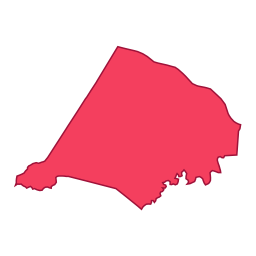 the district of Porto da Folha, Sergipe, Brazil
{"feature_id": "56859067B74196291305545", "entity_name": "Porto da Folha", "entity_type": "district", "adm_level": 2, "iso_a3": "BRA", "parent_name": "Brazil", "parent_adm1": "Sergipe", "projection": "orthographic", "projection_center": [-37.424, -9.906], "detail": "fine", "context": "isolated", "style": "filled", "palette": "rose", "viewbox_px": 256, "rotation_deg": 0, "n_neighbors": 0, "source": "geoboundaries", "source_scale": "gbopen_adm2", "svg_char_len": 2390}
<svg xmlns="http://www.w3.org/2000/svg" viewBox="0 0 256 256"><path d="M204.8,87.4L198.6,86.2L196.8,85.7L192.3,83.6L185.9,76.6L183.2,73.9L178.3,69.5L175.1,67.3L173.5,66.9L170.9,66.2L167.4,65.2L165.7,64.8L157.7,63.0L154.0,61.9L152.7,60.9L147.5,56.7L142.8,53.8L137.6,51.6L134.2,50.7L126.1,48.8L123.6,48.2L117.8,46.7L97.3,80.6L96.2,82.5L90.9,90.6L86.6,97.4L85.6,98.6L77.2,111.8L67.7,126.4L66.2,128.8L47.7,157.5L44.8,161.1L43.2,161.8L41.6,162.2L38.7,163.3L36.2,162.7L32.9,163.6L30.4,165.2L28.8,165.9L27.6,167.3L27.5,169.0L25.5,171.0L24.0,173.1L21.8,174.2L19.7,175.1L17.0,176.1L16.5,178.7L16.3,180.7L16.3,182.9L15.4,185.4L17.3,184.1L19.3,184.2L21.2,184.1L22.5,185.3L24.1,186.3L25.5,186.8L26.7,188.1L28.8,187.1L30.5,186.4L32.0,187.7L32.7,189.1L34.5,188.6L37.1,189.8L39.8,190.5L42.1,190.2L43.5,188.4L45.3,187.2L47.5,187.0L49.4,187.8L51.2,188.2L51.3,186.6L52.8,185.4L54.7,184.6L56.3,182.3L56.1,180.0L55.8,177.5L57.1,176.4L58.7,176.0L60.2,176.0L62.6,176.0L64.4,176.1L66.2,176.4L68.4,176.4L78.3,178.9L88.9,181.6L106.7,186.2L116.0,188.6L126.2,196.7L137.8,206.1L141.5,209.3L142.8,207.1L144.3,205.6L146.3,204.2L148.4,204.0L150.7,204.1L151.4,202.5L151.5,200.6L153.3,200.6L154.4,202.4L155.6,200.9L156.2,198.6L157.8,197.6L159.2,197.1L160.8,195.8L160.0,193.5L160.7,192.0L162.5,191.4L163.8,189.7L162.5,187.9L165.0,188.1L166.2,186.6L165.7,185.1L163.6,184.3L162.7,182.6L164.6,182.2L166.2,180.9L168.3,180.5L170.1,181.6L170.1,184.4L171.6,184.6L173.2,183.9L175.4,184.8L177.3,183.9L178.1,181.8L178.5,179.2L176.4,178.6L174.9,178.3L175.8,176.5L176.3,175.1L177.1,173.6L178.3,174.8L178.9,176.6L180.6,176.5L182.1,175.7L181.6,174.1L181.6,172.3L183.0,171.1L184.0,169.9L185.3,171.4L186.7,173.5L186.1,176.3L186.0,178.7L188.0,180.1L188.6,182.2L187.1,184.1L190.1,183.6L194.6,181.5L195.5,179.3L195.9,177.4L197.7,176.9L199.6,176.6L201.4,177.6L202.8,179.0L203.2,180.5L204.2,183.0L205.5,184.9L208.2,183.7L209.3,182.7L210.4,180.6L210.5,177.8L210.3,175.3L210.0,172.8L211.1,171.4L212.5,170.6L214.1,171.0L216.1,171.7L218.3,172.6L220.7,172.6L220.4,170.5L219.8,168.5L219.2,166.2L218.4,164.0L217.8,162.2L217.3,160.3L217.4,158.8L218.2,157.2L220.2,156.6L222.0,157.7L223.6,157.7L224.7,155.7L236.8,155.0L238.5,131.0L239.9,128.8L240.6,124.7L238.8,124.2L236.1,122.9L233.8,121.4L230.9,118.2L230.1,117.0L229.2,115.7L228.1,113.6L225.1,104.4L220.9,98.7L210.5,89.0L207.2,88.0L204.8,87.4Z" fill="#f43f5e" stroke="#9f1239" stroke-width="1.5"/></svg>